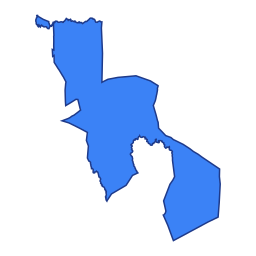 San Miguel Amatitlán, Oaxaca, Mexico
{"feature_id": "50627088B32935680328214", "entity_name": "San Miguel Amatitlán", "entity_type": "district", "adm_level": 2, "iso_a3": "MEX", "parent_name": "Mexico", "parent_adm1": "Oaxaca", "projection": "equal_earth", "projection_center": [-98.046, 17.886], "detail": "fine", "context": "isolated", "style": "filled", "palette": "blue", "viewbox_px": 256, "rotation_deg": 0, "n_neighbors": 0, "source": "geoboundaries", "source_scale": "gbopen_adm2", "svg_char_len": 5647}
<svg xmlns="http://www.w3.org/2000/svg" viewBox="0 0 256 256"><path d="M101.9,21.9L101.1,21.9L100.8,21.8L99.8,21.0L98.1,21.6L97.3,22.3L96.8,22.3L96.4,22.1L95.7,22.1L95.3,21.3L95.1,20.6L95.0,20.2L94.4,19.3L93.5,19.0L93.3,19.2L92.9,19.0L92.7,18.4L92.1,18.2L90.6,18.1L89.9,18.4L89.4,18.9L88.9,19.7L88.6,19.8L87.4,20.8L86.9,21.4L86.0,21.6L85.7,21.4L85.4,21.5L82.6,23.6L82.2,23.4L81.7,22.6L81.4,22.5L80.5,22.7L79.3,21.9L79.0,21.9L78.8,22.1L78.8,22.3L79.1,22.7L78.6,22.7L78.1,22.6L77.3,22.8L77.1,22.8L76.9,22.5L75.5,22.0L75.2,21.2L74.9,21.0L74.6,21.1L74.4,21.4L74.4,21.5L74.2,21.7L72.5,20.9L72.2,20.9L71.5,21.3L71.1,21.2L70.9,20.8L70.8,19.5L70.5,19.2L70.3,19.3L69.9,19.8L69.6,19.9L68.8,19.6L68.6,19.9L68.2,20.3L67.7,19.4L67.1,19.1L66.5,18.4L66.3,18.4L65.6,19.7L65.1,20.2L64.7,20.8L64.4,21.2L63.5,21.6L63.4,21.7L63.3,22.3L63.1,22.4L62.8,22.4L61.9,21.8L61.6,21.8L60.3,21.9L59.7,22.2L58.6,22.3L57.7,22.0L57.6,21.7L57.1,21.3L55.8,21.1L55.2,21.4L55.0,21.6L54.9,22.3L54.8,22.6L54.6,22.7L54.2,22.4L53.3,22.2L53.1,22.3L53.0,22.7L53.1,22.9L52.6,23.9L52.0,24.6L51.6,25.8L51.5,26.0L50.8,25.7L50.3,25.6L49.8,25.2L49.4,24.5L49.1,23.2L48.7,22.6L48.6,22.3L48.7,21.6L43.3,19.4L38.0,16.3L37.6,15.4L36.9,15.4L36.7,15.7L36.8,16.1L37.2,16.4L37.2,17.0L36.6,17.9L36.4,18.0L36.3,18.3L36.3,18.9L35.9,19.5L35.8,20.5L35.9,21.7L36.2,22.3L36.3,23.2L36.2,23.8L36.7,24.6L37.3,24.6L37.5,24.7L37.6,25.9L37.7,26.4L37.6,26.5L37.9,26.4L38.7,26.9L39.0,26.5L38.8,25.5L39.0,25.0L40.0,26.5L40.4,26.9L40.6,26.0L40.9,25.5L41.6,25.1L42.2,26.1L42.7,26.0L43.7,26.8L44.3,26.9L45.1,26.7L46.6,26.9L46.7,27.3L46.9,27.7L47.9,28.6L48.9,28.7L50.1,26.1L51.5,26.3L53.5,23.4L53.5,26.6L53.9,35.6L53.7,36.0L53.8,41.0L53.7,46.0L53.8,47.7L53.8,50.1L52.3,49.4L52.7,56.4L54.0,55.5L54.2,62.4L58.2,68.7L59.2,70.1L62.6,75.8L63.3,76.8L66.0,82.0L65.7,83.3L65.1,90.0L65.4,101.1L65.7,105.6L69.3,103.5L76.0,99.3L77.9,99.5L80.2,108.9L80.6,110.1L74.1,115.1L71.8,116.2L70.1,117.5L68.2,118.5L62.1,120.8L68.9,122.9L79.2,128.0L87.4,132.4L86.4,140.4L88.4,146.0L87.4,158.0L88.5,160.4L89.0,161.2L89.4,161.2L90.5,162.3L90.5,163.9L90.8,164.4L90.9,165.9L91.3,167.0L91.5,168.7L92.4,168.5L93.2,169.5L93.1,172.2L93.3,172.7L94.0,173.0L94.6,172.8L94.5,172.3L94.6,172.1L96.1,171.8L96.4,171.3L96.7,171.7L97.5,171.9L97.8,172.2L98.3,173.8L99.0,177.0L99.7,177.2L100.7,179.0L100.1,180.6L100.1,181.2L100.8,182.2L100.9,183.3L100.8,183.5L101.4,183.8L101.7,184.4L101.6,185.0L102.3,185.2L102.3,186.3L104.1,187.2L104.8,188.5L104.8,189.3L105.5,189.8L105.6,190.0L105.4,190.3L105.4,190.6L105.5,190.8L105.8,190.8L106.1,191.1L106.3,191.5L106.3,191.9L106.1,192.1L106.0,192.3L106.2,192.5L106.2,193.1L106.1,193.4L106.2,193.6L106.2,194.1L106.4,194.8L106.3,195.2L105.9,195.9L105.9,196.6L105.5,196.9L105.6,197.2L106.0,197.3L106.0,197.6L105.8,197.8L105.9,198.6L106.1,198.8L106.1,199.1L106.0,199.6L106.1,199.9L106.6,200.7L106.9,201.1L107.1,200.6L111.5,193.9L126.1,185.3L132.5,175.4L137.9,172.9L137.4,172.1L136.9,171.9L136.6,170.9L136.4,170.9L136.3,170.6L135.6,169.4L135.4,168.6L135.0,168.2L134.9,167.2L134.3,166.5L134.0,166.3L133.9,165.5L133.6,165.0L133.8,164.4L133.5,164.1L132.9,161.9L132.9,161.3L132.7,161.0L132.4,160.6L132.3,160.1L132.5,159.5L132.6,158.5L132.1,156.5L131.8,156.4L131.5,155.9L131.2,155.8L130.3,154.1L131.0,153.2L131.2,152.7L132.1,152.4L132.7,151.4L132.6,150.6L131.6,149.7L132.0,149.2L132.0,148.8L131.5,147.7L131.4,147.4L131.7,146.7L132.2,146.2L132.1,145.8L131.8,145.5L131.4,145.5L131.2,145.2L131.0,144.9L131.5,144.1L132.2,143.7L133.0,142.9L133.3,142.3L133.4,140.6L133.6,140.2L134.1,140.0L134.7,140.2L135.1,140.1L135.3,139.7L135.1,139.1L135.4,138.8L135.9,138.9L136.4,138.6L137.0,139.2L137.4,139.4L137.8,139.3L138.0,138.9L138.0,138.2L138.2,137.6L138.4,137.1L138.7,136.7L139.2,136.5L139.6,136.2L139.7,135.9L140.1,136.7L140.8,137.2L141.7,137.4L142.4,137.2L142.9,136.7L143.6,136.7L144.4,137.2L145.0,137.1L145.1,137.6L145.0,138.1L145.2,138.8L145.9,138.3L146.4,139.2L147.2,139.5L147.3,139.8L147.2,140.1L146.8,140.9L146.8,141.5L147.3,141.7L147.9,141.8L148.1,142.2L148.3,143.1L148.7,143.5L149.5,143.6L149.8,143.8L150.2,144.7L150.5,145.0L150.9,145.2L151.9,145.2L152.3,144.9L152.4,143.7L152.7,143.5L153.2,143.5L153.5,143.5L153.6,143.0L153.9,142.8L154.3,142.8L154.6,142.6L154.6,142.2L154.9,141.8L155.4,141.6L155.5,141.1L155.4,139.7L155.5,139.5L156.2,139.2L156.3,139.4L155.9,140.3L155.9,141.2L156.3,141.9L156.6,142.2L157.8,142.4L158.1,142.7L159.0,142.6L159.3,142.0L159.2,141.7L159.0,141.4L158.8,141.2L158.6,141.2L158.5,140.8L158.7,140.6L160.4,140.6L161.1,140.7L161.6,141.3L162.1,141.3L162.0,141.7L162.3,142.2L162.6,142.3L163.0,142.4L163.2,142.7L163.8,142.9L163.8,143.0L163.7,143.3L163.7,143.8L163.9,144.1L164.6,144.7L164.6,145.0L164.7,145.3L164.4,145.8L164.4,146.2L164.5,146.5L164.6,146.9L165.0,147.4L165.8,148.2L166.1,148.1L166.8,147.1L167.1,147.0L168.0,147.5L168.7,147.0L169.0,146.9L169.3,146.7L169.4,147.1L169.3,148.2L169.4,148.9L169.4,149.7L169.7,150.0L170.0,150.0L170.4,150.3L170.9,150.3L171.4,150.4L171.9,150.9L172.4,151.6L172.4,151.9L172.0,152.3L171.8,152.9L172.4,154.5L172.4,154.9L172.2,155.1L172.2,156.0L172.5,157.5L172.5,160.4L174.6,176.7L172.8,180.2L170.0,184.2L163.6,200.9L165.9,211.1L165.3,213.1L164.2,214.5L163.7,215.0L163.3,215.1L167.8,225.3L173.4,240.6L208.0,222.0L218.1,217.1L219.2,202.8L220.2,184.0L219.4,176.5L219.6,169.0L201.8,157.0L198.2,154.3L193.4,151.5L189.8,148.7L183.2,144.4L174.7,140.2L173.5,139.7L170.9,137.5L165.7,135.6L162.3,132.0L158.6,128.2L158.1,122.2L157.5,120.7L156.1,115.1L153.3,105.5L155.3,100.7L155.8,98.7L156.4,95.5L156.8,93.9L157.5,89.9L157.4,88.2L158.0,86.5L158.1,85.7L150.4,80.9L136.0,75.8L117.9,77.4L107.9,79.3L101.9,82.3L102.5,53.3L101.4,28.0L101.9,21.9Z" fill="#3b82f6" stroke="#1e3a8a" stroke-width="1.5"/></svg>